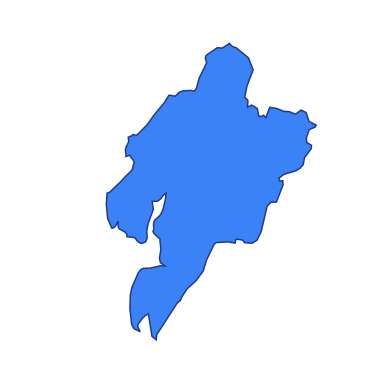 the border of Essex, rotated 120°
{"feature_id": "GBR-2317", "entity_name": "Essex", "entity_type": "Administrative County", "adm_level": 1, "iso_a3": "GBR", "parent_name": "United Kingdom", "parent_adm1": "", "projection": "robinson", "projection_center": [0.635, 51.797], "detail": "fine", "context": "isolated", "style": "filled", "palette": "blue", "viewbox_px": 384, "rotation_deg": 120, "n_neighbors": 0, "source": "natural_earth", "source_scale": "10m", "svg_char_len": 2183}
<svg xmlns="http://www.w3.org/2000/svg" viewBox="0 0 384 384"><g transform="rotate(120 192 192)"><path d="M291.9,147.9L295.7,149.3L333.4,151.2L337.9,149.0L337.1,154.4L319.3,168.8L322.2,170.5L325.7,171.7L334.0,172.7L336.3,170.9L338.0,168.0L339.0,167.6L339.4,173.7L336.7,178.2L323.8,187.6L312.2,193.8L304.9,196.3L289.0,198.1L284.8,197.6L282.6,196.1L279.0,190.3L271.6,182.4L269.6,178.6L269.0,184.0L265.6,187.1L257.2,190.3L250.2,195.4L248.6,196.2L248.5,197.7L247.8,201.1L246.8,204.6L245.6,206.1L242.9,206.6L239.3,209.2L237.0,210.0L234.2,210.0L229.2,208.3L227.0,207.9L221.4,208.4L211.0,211.6L205.9,214.0L209.5,215.3L213.6,215.7L217.4,217.3L220.0,221.8L226.4,216.8L240.9,214.3L247.8,212.0L254.4,207.8L258.4,207.2L261.9,210.0L262.3,212.5L261.7,215.3L260.7,217.4L260.2,217.9L260.7,220.1L261.6,222.4L263.3,225.9L261.1,227.4L260.2,229.9L260.3,236.5L259.5,238.1L257.7,239.5L254.2,241.5L260.3,241.2L262.5,242.2L263.4,243.5L257.2,251.7L245.6,260.0L235.4,265.0L235.3,264.8L233.6,263.3L218.5,258.9L210.8,257.1L203.0,254.9L194.6,257.1L191.4,264.6L193.8,266.5L194.2,266.9L193.6,266.9L193.3,267.4L188.9,270.7L185.5,271.6L182.5,271.7L179.5,272.3L176.5,274.6L172.8,271.8L171.6,271.9L171.0,268.6L167.1,267.3L156.6,264.6L144.3,263.3L128.1,260.6L120.0,260.4L119.1,259.2L117.4,254.4L112.0,253.0L108.8,250.2L104.4,243.5L103.7,240.5L100.0,240.0L89.4,242.8L81.1,243.3L72.9,243.9L69.1,247.6L66.5,248.0L54.5,242.3L53.7,240.8L52.3,237.8L47.5,235.2L46.9,235.0L44.6,234.0L45.9,229.4L45.0,226.2L47.6,210.2L55.7,200.1L72.2,197.5L83.5,193.8L84.7,189.4L90.8,186.3L86.9,183.8L87.0,177.2L92.8,172.2L92.4,170.3L89.7,168.3L90.8,165.2L79.8,167.0L77.3,160.5L76.3,153.0L73.7,147.7L72.9,141.3L66.5,138.5L66.1,133.0L72.4,125.9L72.0,118.0L74.1,117.8L79.4,121.7L87.9,120.0L91.7,117.4L91.8,111.9L94.7,110.4L105.8,111.7L112.8,109.4L117.3,110.3L121.5,112.5L130.6,121.1L136.3,123.6L138.7,121.5L136.8,119.0L140.4,116.7L158.5,113.9L161.3,118.4L166.6,119.9L191.7,112.3L201.3,111.6L206.4,114.4L209.6,121.1L208.3,124.0L210.4,129.5L211.1,130.3L214.7,129.1L217.1,135.7L223.7,145.8L226.1,146.7L243.7,145.4L254.7,142.8L266.8,144.1L278.5,147.9L287.2,148.3L291.8,147.9L291.9,147.9Z" fill="#3b82f6" stroke="#1e3a8a" stroke-width="1.5"/></g></svg>